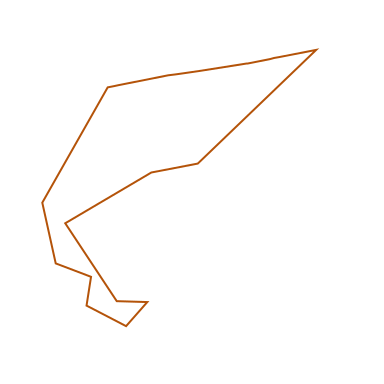 Bristol, Virginia, United States of America, rotated 169°
{"feature_id": "52423323B64207723161036", "entity_name": "Bristol", "entity_type": "district", "adm_level": 2, "iso_a3": "USA", "parent_name": "United States of America", "parent_adm1": "Virginia", "projection": "equal_earth", "projection_center": [-82.171, 36.636], "detail": "fine", "context": "isolated", "style": "outline", "palette": "amber", "viewbox_px": 384, "rotation_deg": 169, "n_neighbors": 0, "source": "geoboundaries", "source_scale": "gbopen_adm2", "svg_char_len": 457}
<svg xmlns="http://www.w3.org/2000/svg" viewBox="0 0 384 384"><g transform="rotate(169 192 192)"><path d="M43.0,307.8L78.9,307.8L80.9,307.8L85.9,307.9L89.6,307.6L112.8,307.5L113.9,307.7L161.7,309.4L178.5,310.2L186.1,310.6L193.1,311.1L243.6,310.9L248.3,310.8L254.8,310.8L341.0,210.1L339.4,147.9L307.3,128.0L317.2,100.6L282.3,72.9L256.9,92.5L286.7,99.2L322.4,185.5L228.2,218.9L180.9,218.8L43.0,307.8Z" fill="none" stroke="#b45309" stroke-width="2"/></g></svg>